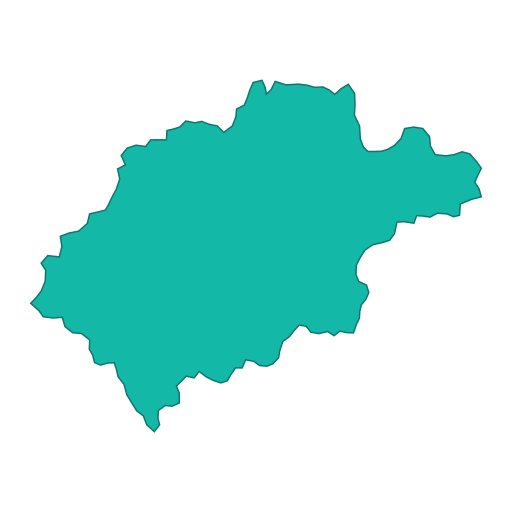 Piau, Minas Gerais, Brazil (orthographic projection)
{"feature_id": "56859067B86039402851050", "entity_name": "Piau", "entity_type": "district", "adm_level": 2, "iso_a3": "BRA", "parent_name": "Brazil", "parent_adm1": "Minas Gerais", "projection": "orthographic", "projection_center": [-43.31, -21.51], "detail": "fine", "context": "isolated", "style": "filled", "palette": "teal", "viewbox_px": 512, "rotation_deg": 0, "n_neighbors": 0, "source": "geoboundaries", "source_scale": "gbopen_adm2", "svg_char_len": 2223}
<svg xmlns="http://www.w3.org/2000/svg" viewBox="0 0 512 512"><path d="M353.5,332.9L356.2,325.0L359.4,318.1L359.8,311.2L361.3,304.9L365.7,299.6L368.8,292.6L366.5,285.1L358.8,281.5L356.0,274.8L356.3,265.3L360.2,257.5L365.2,249.9L372.8,244.7L381.0,242.9L389.5,240.4L394.5,233.7L396.9,222.1L404.4,221.7L413.9,223.2L416.6,215.7L422.8,216.0L430.1,217.1L437.3,213.2L447.0,213.9L453.5,216.7L459.5,215.3L460.4,204.0L471.6,199.3L481.3,196.8L479.0,188.7L474.7,182.1L477.7,175.6L481.3,168.3L476.7,161.8L469.7,153.8L462.1,151.8L453.9,154.7L446.0,155.8L435.2,154.7L430.5,146.2L429.5,136.6L422.8,128.5L413.7,127.1L404.7,128.5L401.1,138.4L394.6,145.4L387.6,149.4L381.6,151.2L375.0,151.5L367.9,151.5L363.5,147.2L360.3,139.1L359.6,126.0L354.4,115.1L355.0,104.7L354.6,93.4L348.3,84.3L340.5,89.1L334.8,94.5L329.6,90.2L323.0,87.0L314.7,87.3L307.1,85.2L298.4,84.1L292.3,84.5L285.8,84.8L275.2,81.4L271.0,89.8L266.4,94.2L265.2,87.4L262.0,80.3L253.1,82.5L249.8,90.2L247.2,98.1L244.3,105.1L236.6,109.0L235.9,116.8L232.3,126.0L223.7,132.4L217.4,126.0L209.2,124.3L201.7,121.4L194.8,122.8L185.8,121.0L179.6,127.1L173.3,129.1L167.0,130.5L166.4,139.9L158.8,139.8L150.6,139.9L145.6,146.5L136.1,145.2L127.2,148.1L121.2,155.5L125.4,164.9L117.6,168.9L119.7,179.1L116.3,189.3L112.7,195.8L108.6,204.4L105.4,210.1L98.2,211.9L89.6,213.9L87.3,223.5L78.5,231.2L69.1,233.0L60.3,236.3L61.9,246.5L59.3,256.9L47.8,255.6L41.2,263.1L45.7,270.3L45.2,281.3L41.2,291.1L36.2,297.6L30.7,303.3L38.9,310.6L43.2,316.7L53.1,318.0L62.3,317.3L65.0,326.6L72.6,332.7L81.7,333.6L89.7,340.0L89.3,349.2L92.6,354.9L94.6,362.6L100.5,365.1L107.4,363.0L114.1,362.7L116.3,368.8L118.1,376.8L124.0,384.3L126.9,394.9L131.6,402.6L136.8,410.9L143.4,415.9L146.7,424.7L154.3,431.7L159.6,424.7L157.9,418.3L158.3,410.5L165.2,405.5L172.1,406.2L179.3,403.0L179.3,393.2L176.4,386.0L181.9,380.8L186.2,376.1L194.1,377.9L199.1,371.5L206.3,376.9L213.8,380.6L220.8,382.9L227.3,380.8L231.0,374.4L235.5,367.9L242.2,367.9L245.6,359.8L253.8,361.3L259.4,365.5L267.0,366.2L272.9,363.8L278.6,357.7L279.8,350.6L282.8,341.4L289.3,336.7L294.0,330.7L299.2,325.0L306.2,326.3L310.8,332.2L319.0,333.6L327.6,331.5L334.1,335.7L339.8,331.1L346.7,332.6L353.5,332.9Z" fill="#14b8a6" stroke="#0f766e" stroke-width="1.5"/></svg>